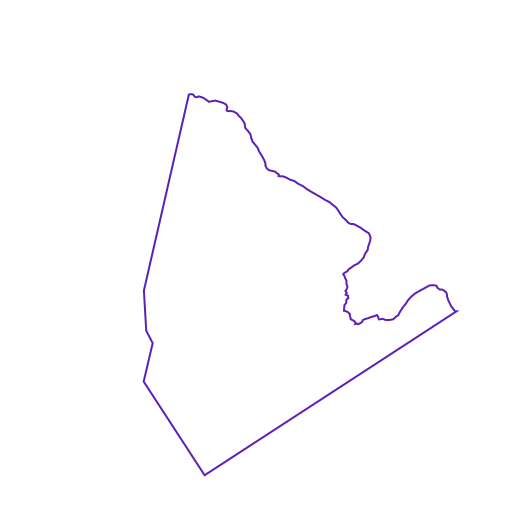 Ngeiungel, Palau (orthographic projection), rotated 154°
{"feature_id": "81905179B59978558639999", "entity_name": "Ngeiungel", "entity_type": "district", "adm_level": 2, "iso_a3": "PLW", "parent_name": "Palau", "parent_adm1": "", "projection": "orthographic", "projection_center": [134.62, 7.699], "detail": "fine", "context": "isolated", "style": "outline", "palette": "violet", "viewbox_px": 512, "rotation_deg": 154, "n_neighbors": 0, "source": "geoboundaries", "source_scale": "gbopen_adm2", "svg_char_len": 2289}
<svg xmlns="http://www.w3.org/2000/svg" viewBox="0 0 512 512"><g transform="rotate(154 256 256)"><path d="M412.0,192.4L398.3,81.5L100.0,118.4L101.3,119.2L101.9,121.8L102.6,126.0L102.6,128.9L102.6,132.1L102.3,133.8L102.1,135.8L101.3,137.4L101.0,139.7L102.0,142.2L103.1,143.8L103.4,144.2L105.5,145.3L106.9,147.9L106.8,150.0L108.8,151.7L113.0,153.5L118.2,153.2L123.6,153.0L129.2,152.6L134.7,151.3L138.9,149.5L141.9,147.6L146.8,145.3L151.7,142.3L154.1,140.4L156.8,140.1L160.2,139.0L162.9,139.6L165.5,140.6L167.7,141.8L169.7,144.0L170.8,144.3L173.2,145.1L173.2,146.6L172.9,148.8L173.2,149.9L175.6,150.0L179.1,150.7L183.0,151.0L186.1,151.6L187.8,151.6L190.2,150.0L194.1,149.9L195.0,151.0L196.6,151.4L195.7,152.2L196.4,154.8L197.8,156.6L198.6,157.8L198.1,159.2L197.8,161.5L197.1,162.5L198.0,165.3L199.7,167.3L200.9,168.2L200.0,169.9L198.0,173.1L195.4,174.3L194.7,176.0L193.5,177.3L191.5,177.7L190.7,180.1L192.4,181.9L190.6,183.2L190.9,185.4L189.2,186.3L187.5,187.9L187.0,190.0L186.9,191.6L185.6,193.8L185.5,197.0L185.3,199.5L185.6,201.4L184.3,202.0L180.5,202.3L178.9,203.3L175.3,203.9L172.4,204.5L167.7,204.5L163.5,205.8L159.7,207.6L157.1,210.1L153.0,212.5L151.5,214.8L149.5,216.8L147.0,219.3L145.2,221.8L144.6,224.5L144.7,227.1L148.0,232.4L149.4,235.3L152.0,238.9L153.5,241.1L154.8,242.3L156.5,243.0L158.3,245.1L159.6,249.2L161.1,252.8L161.6,256.2L162.2,261.2L162.7,264.4L164.5,268.2L166.7,272.8L169.2,275.9L170.7,278.3L171.2,279.2L176.3,286.8L178.6,290.1L181.1,294.1L183.0,297.9L186.7,302.8L188.4,306.3L192.2,310.0L194.1,312.8L196.6,315.6L199.7,317.3L200.7,317.9L199.8,319.3L200.8,321.0L201.8,323.4L205.2,326.2L206.9,327.7L207.9,330.1L207.9,333.3L207.1,334.4L206.6,338.2L206.8,343.3L207.0,345.2L207.4,348.6L207.1,352.3L208.0,356.5L209.0,360.6L208.5,363.0L208.7,363.8L208.1,365.5L207.6,368.5L208.1,369.9L208.4,372.1L209.1,374.1L209.5,375.8L208.8,378.3L208.1,380.0L208.4,383.3L209.0,386.7L210.1,389.7L210.7,392.6L212.9,395.7L215.2,397.4L217.2,398.2L218.6,399.5L218.1,400.7L216.6,402.3L216.4,405.1L218.3,407.9L221.7,411.1L224.5,413.5L226.3,414.1L228.7,414.7L230.7,415.3L231.9,417.6L234.1,421.4L235.9,423.1L237.5,424.6L239.6,424.6L241.2,425.9L241.7,428.7L243.4,429.9L245.2,430.5L245.6,430.5L371.9,274.1L387.4,237.0L387.1,222.9L412.0,192.4Z" fill="none" stroke="#5b21b6" stroke-width="2"/></g></svg>